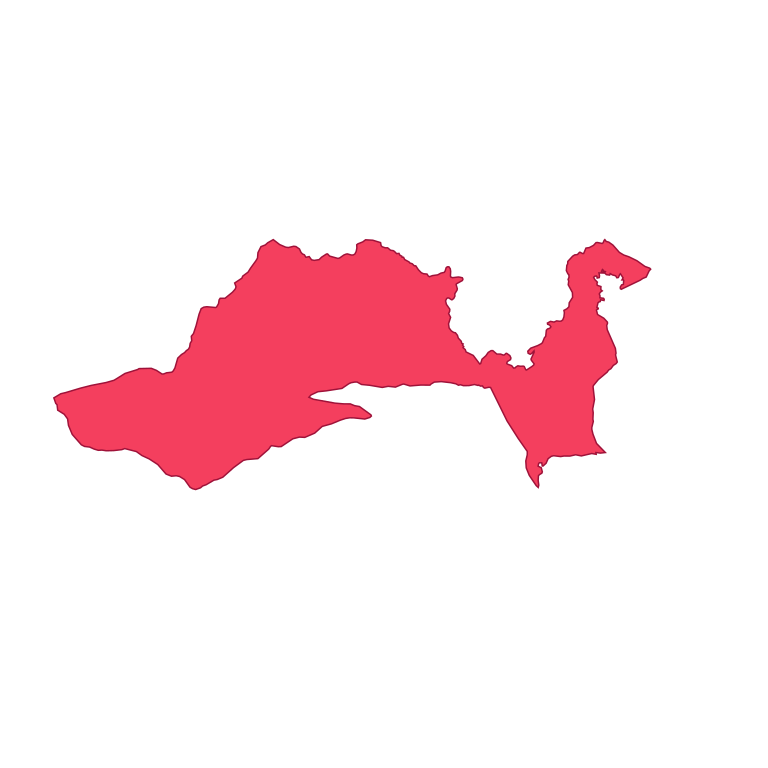 the district of Cristian, Sibiu, Romania, rotated 55°
{"feature_id": "2599482B40816245945082", "entity_name": "Cristian", "entity_type": "district", "adm_level": 2, "iso_a3": "ROU", "parent_name": "Romania", "parent_adm1": "Sibiu", "projection": "mercator", "projection_center": [23.892, 45.655], "detail": "fine", "context": "isolated", "style": "filled", "palette": "rose", "viewbox_px": 768, "rotation_deg": 55, "n_neighbors": 0, "source": "geoboundaries", "source_scale": "gbopen_adm2", "svg_char_len": 6168}
<svg xmlns="http://www.w3.org/2000/svg" viewBox="0 0 768 768"><g transform="rotate(55 384 384)"><path d="M567.1,242.0L554.6,244.0L545.0,241.6L540.4,239.8L538.8,238.7L534.7,234.0L532.7,233.1L527.5,229.1L524.2,227.4L517.5,220.5L506.1,214.3L505.4,213.4L503.3,205.9L502.3,194.5L501.4,192.0L501.6,189.4L500.3,185.5L500.4,182.1L499.8,180.3L493.8,178.0L492.6,177.3L491.9,176.3L487.5,174.0L467.6,170.0L463.8,168.0L462.4,166.0L461.4,165.5L456.2,166.2L449.6,169.2L445.3,167.6L445.0,166.4L445.4,165.9L445.2,165.3L444.7,165.0L443.4,165.7L440.2,162.1L440.1,160.9L440.5,159.6L439.3,158.3L441.8,155.9L440.9,155.0L439.7,155.0L437.2,157.7L435.7,156.5L433.7,156.0L432.9,154.1L432.9,151.8L431.1,152.3L428.6,150.4L425.5,152.7L423.9,152.0L423.0,150.8L419.3,151.4L416.9,151.1L416.6,149.7L417.2,148.2L417.9,147.9L419.5,148.6L420.3,146.6L419.0,145.4L416.3,144.2L418.9,140.7L416.5,141.2L415.5,139.4L416.7,139.1L418.3,140.1L418.3,138.7L418.9,138.2L419.5,139.6L422.0,139.1L424.2,136.7L423.3,135.4L425.7,134.3L428.2,132.2L430.6,132.3L431.2,130.9L429.4,128.0L429.3,127.1L434.2,127.3L435.2,129.4L436.0,128.2L436.6,128.2L439.7,130.8L439.1,132.5L440.1,134.9L441.5,135.7L442.5,135.3L445.9,114.7L446.0,111.3L446.8,107.9L443.5,102.1L442.9,99.7L441.5,99.9L437.4,102.8L428.1,106.1L420.3,110.4L415.9,113.6L411.2,115.7L401.5,116.8L396.7,118.5L394.7,120.2L392.4,120.3L392.6,121.3L394.0,123.5L394.0,124.7L390.5,128.0L389.8,129.2L390.6,132.9L390.2,136.0L390.0,137.6L388.5,140.6L391.6,145.6L390.9,146.6L388.4,147.9L388.3,148.5L388.9,151.3L387.6,153.8L387.5,156.2L389.0,163.1L391.0,164.7L391.7,166.2L395.7,169.6L399.3,170.2L400.4,169.9L402.6,171.1L403.9,173.2L405.7,173.7L408.4,176.2L417.1,177.2L421.2,179.8L423.7,185.7L426.8,188.2L427.3,191.0L426.9,194.4L429.1,195.4L432.2,198.1L434.0,200.8L434.1,202.6L433.4,204.1L431.3,206.4L430.8,209.2L428.2,211.7L427.8,215.2L428.9,215.7L430.7,214.5L432.9,214.5L433.4,216.2L432.7,218.5L433.1,220.2L437.7,224.2L438.1,226.0L441.0,230.5L441.2,232.0L440.7,236.0L438.8,243.3L439.6,247.4L441.5,248.3L443.5,247.2L443.7,245.6L442.9,242.1L444.0,242.7L447.9,249.3L449.1,249.7L453.5,249.5L454.3,250.4L454.5,252.5L454.3,259.2L453.6,259.7L450.1,259.1L449.3,259.6L447.7,262.1L445.9,263.9L445.7,266.1L446.0,267.3L445.3,268.7L442.2,268.9L438.5,271.5L437.7,271.7L436.7,270.7L436.4,269.7L436.6,266.4L435.5,265.1L432.9,264.6L429.3,265.9L428.9,266.5L429.2,268.7L428.7,269.7L426.4,271.3L424.2,274.4L419.1,275.7L418.1,277.1L417.9,280.5L419.3,284.4L419.9,289.5L422.7,293.1L422.5,294.1L411.8,294.5L404.8,298.4L402.4,297.7L399.6,298.4L399.1,297.2L397.2,297.4L396.6,296.2L395.2,297.0L393.3,296.2L389.0,296.8L386.2,295.9L383.0,296.1L381.8,297.3L379.1,298.4L375.4,298.5L371.7,296.6L367.6,291.2L363.4,290.7L362.1,288.5L360.5,287.2L354.6,287.2L351.2,285.9L350.0,283.8L349.9,282.8L350.6,281.6L353.7,280.4L354.1,279.7L353.9,277.7L352.7,275.5L350.7,274.3L349.0,270.3L348.0,269.3L343.9,267.9L343.5,267.2L344.2,260.4L343.4,259.2L341.9,258.9L340.1,260.5L339.0,261.7L336.2,266.9L334.7,267.9L333.7,267.7L330.0,264.8L327.6,263.6L325.2,263.6L324.3,265.0L324.4,266.4L326.5,269.1L327.1,270.6L325.8,273.8L325.4,277.4L323.0,282.1L322.2,285.2L320.9,285.8L318.6,285.7L316.4,288.3L314.3,289.6L310.1,290.3L305.4,290.2L304.5,291.4L301.7,291.9L299.7,293.4L298.3,293.5L293.9,295.7L291.4,295.3L290.5,296.5L289.6,296.1L287.5,297.1L285.6,296.8L284.4,298.9L281.3,299.4L280.0,300.0L278.2,301.9L274.5,302.9L273.1,304.9L270.5,306.8L269.0,307.0L266.2,305.7L259.8,310.7L255.3,316.4L255.4,319.9L254.2,325.0L254.3,326.5L257.0,328.2L259.5,330.8L260.8,333.3L260.7,335.1L259.7,336.7L256.5,339.3L255.9,340.4L255.3,342.8L255.3,348.1L254.7,349.7L248.0,355.2L245.1,355.6L244.5,356.6L244.3,362.4L244.9,365.8L242.7,370.3L240.7,372.1L236.7,372.2L235.5,375.1L235.1,375.3L232.5,375.1L230.7,376.2L228.6,376.5L224.9,375.8L220.9,377.3L219.4,378.9L217.4,384.0L215.6,386.0L209.9,389.5L202.2,391.9L201.6,398.2L202.0,401.4L200.9,406.0L204.1,411.9L208.3,415.4L209.6,418.3L212.6,427.0L214.4,431.2L214.6,437.9L215.8,439.7L215.6,448.4L219.3,449.4L220.3,450.4L221.0,451.7L221.9,455.5L222.6,465.0L219.8,469.0L220.5,470.8L223.3,473.5L224.9,477.0L224.8,478.0L219.1,484.8L217.7,487.5L217.4,490.5L220.7,495.4L228.4,504.4L233.4,511.1L234.4,514.5L238.3,516.7L239.5,519.4L242.3,522.1L243.3,524.3L243.3,526.8L243.9,529.4L243.7,533.0L244.5,538.1L250.9,546.0L252.4,549.1L252.6,551.1L250.1,555.7L249.4,558.7L248.5,560.1L242.3,562.6L237.7,565.6L230.9,575.8L230.8,577.6L226.8,590.1L226.1,603.0L223.4,610.8L217.2,624.7L213.3,635.0L208.4,649.8L206.6,654.3L206.0,662.4L211.6,664.0L213.4,663.7L218.3,666.3L225.4,663.3L231.1,663.2L236.9,666.2L246.5,668.3L260.2,666.8L263.4,665.1L266.8,661.3L271.0,658.8L274.4,656.1L276.4,652.9L279.3,649.9L283.5,643.6L287.4,636.4L288.2,633.4L297.3,625.6L303.8,623.3L310.7,619.3L320.2,615.5L332.7,614.2L337.6,611.0L340.0,606.8L342.5,604.5L347.9,602.2L357.3,602.1L359.9,600.9L362.4,598.8L363.8,593.8L363.5,591.1L364.5,587.5L365.2,578.5L366.6,575.4L367.9,569.5L366.2,555.2L365.9,543.0L367.2,539.7L372.8,530.1L371.2,515.7L370.1,512.9L370.0,511.5L374.7,506.6L376.3,504.1L376.6,490.1L379.0,483.7L382.3,479.5L384.5,468.9L383.3,458.9L386.5,449.9L388.6,440.4L390.2,435.2L392.0,431.5L394.4,428.2L401.7,419.8L403.3,414.8L403.0,412.7L401.8,412.4L388.4,417.0L384.9,420.5L381.0,423.0L377.0,428.6L371.4,435.3L356.1,450.5L351.8,453.1L351.1,450.0L352.4,442.6L356.5,435.2L363.5,421.0L363.6,412.7L364.0,410.4L365.7,406.7L367.0,404.9L371.5,402.7L376.8,396.5L385.8,387.4L388.3,381.9L393.1,376.4L394.8,369.0L395.4,367.8L400.5,363.8L406.0,354.4L411.3,347.0L411.0,345.4L411.3,341.7L414.9,335.7L421.2,328.6L425.1,325.0L427.7,323.7L428.5,321.7L430.8,320.0L434.0,315.4L436.3,310.2L439.1,307.8L439.2,307.1L441.1,306.1L442.1,304.4L443.9,304.5L445.2,303.8L446.8,300.0L448.0,298.7L484.9,304.4L505.6,305.3L521.4,305.3L524.2,307.3L528.4,312.0L534.3,315.6L542.1,317.4L554.5,317.6L557.2,317.0L555.6,315.2L551.4,313.0L547.7,310.1L547.4,308.5L547.6,305.9L546.8,304.7L542.8,303.2L539.7,304.9L537.8,302.9L537.7,301.8L539.1,300.0L541.9,301.4L542.4,300.8L541.9,296.7L539.3,292.4L539.2,288.4L540.1,286.1L544.8,280.9L546.2,277.9L549.7,273.0L551.9,267.6L556.1,263.6L560.1,253.7L563.3,250.5L561.7,249.7L564.7,246.4L567.1,242.0Z" fill="#f43f5e" stroke="#9f1239" stroke-width="1.5"/></g></svg>